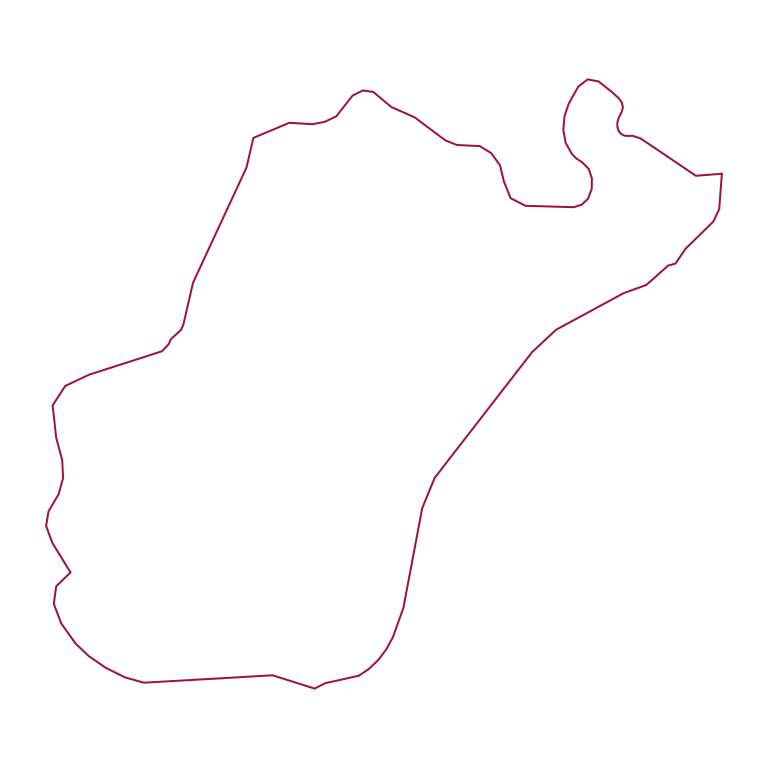 SVG path tracing the border of Reggio Calabria
{"feature_id": "ITA-5395", "entity_name": "Reggio Calabria", "entity_type": "Province", "adm_level": 1, "iso_a3": "ITA", "parent_name": "Italy", "parent_adm1": "", "projection": "equal_earth", "projection_center": [16.138, 38.244], "detail": "fine", "context": "isolated", "style": "outline", "palette": "rose", "viewbox_px": 768, "rotation_deg": 0, "n_neighbors": 0, "source": "natural_earth", "source_scale": "10m", "svg_char_len": 1267}
<svg xmlns="http://www.w3.org/2000/svg" viewBox="0 0 768 768"><path d="M721.9,173.7L719.2,209.2L713.4,221.5L685.4,248.9L675.6,263.5L668.1,265.6L646.4,284.9L623.7,293.1L556.0,329.8L532.1,352.1L434.7,477.8L422.2,508.2L403.4,607.9L392.9,637.2L386.2,649.5L378.1,660.2L368.9,668.9L358.9,675.7L325.2,683.2L314.6,688.6L272.6,675.3L143.8,682.7L124.8,677.3L105.8,667.9L88.8,656.1L75.6,643.6L61.2,623.4L53.8,603.8L56.2,586.3L70.5,572.4L52.2,542.6L46.1,525.8L48.5,511.5L58.7,494.0L63.1,477.9L62.2,460.1L56.2,437.7L52.6,405.4L65.3,385.9L89.3,374.6L162.1,351.2L168.7,344.2L170.8,339.3L180.9,330.0L183.3,324.9L193.0,282.8L246.5,167.5L253.4,137.9L289.3,122.8L312.4,124.2L324.9,121.8L336.4,116.2L352.5,95.7L362.7,90.5L373.2,91.9L391.3,107.0L414.7,117.4L445.4,140.4L456.9,145.0L479.7,146.1L491.2,153.1L500.0,165.3L503.9,181.5L510.6,198.2L525.5,205.8L573.7,207.2L581.6,204.7L587.9,198.9L591.7,189.0L591.9,178.4L588.7,168.9L582.3,162.4L576.8,158.8L572.0,154.2L565.6,142.8L563.3,129.8L564.5,116.3L568.8,103.5L578.2,86.7L587.6,79.4L598.5,81.4L612.6,92.6L619.1,98.6L621.9,102.8L622.9,107.1L622.0,111.2L618.4,118.6L617.3,122.8L617.4,127.0L618.5,130.6L620.6,133.5L623.5,135.3L625.8,135.9L632.9,135.9L640.7,138.5L695.9,175.8L721.9,173.7Z" fill="none" stroke="#9f1239" stroke-width="2"/></svg>